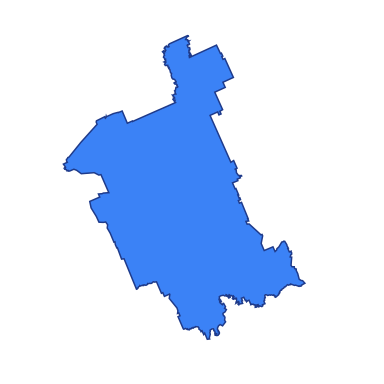 Forbes, New South Wales, Australia (orthographic projection), rotated 58°
{"feature_id": "25037944B5205782179519", "entity_name": "Forbes", "entity_type": "district", "adm_level": 2, "iso_a3": "AUS", "parent_name": "Australia", "parent_adm1": "New South Wales", "projection": "orthographic", "projection_center": [148.127, -33.379], "detail": "fine", "context": "isolated", "style": "filled", "palette": "blue", "viewbox_px": 384, "rotation_deg": 58, "n_neighbors": 0, "source": "geoboundaries", "source_scale": "gbopen_adm2", "svg_char_len": 6009}
<svg xmlns="http://www.w3.org/2000/svg" viewBox="0 0 384 384"><g transform="rotate(58 192 192)"><path d="M106.7,286.6L107.9,286.8L108.2,285.6L108.8,285.7L109.4,284.6L110.1,280.1L112.5,278.3L117.8,276.2L123.8,264.7L128.3,262.0L129.0,260.0L148.5,262.9L145.9,267.8L145.8,269.1L144.1,272.4L147.4,272.9L145.8,283.7L152.0,286.0L162.2,286.1L168.3,286.9L170.8,283.3L171.7,281.1L175.1,280.9L177.6,283.0L183.6,283.2L193.2,284.8L193.4,283.8L196.0,284.9L199.6,285.4L199.7,284.8L211.6,287.3L212.6,285.0L245.0,290.6L245.2,289.9L244.6,289.4L244.9,288.7L244.1,287.6L244.2,286.3L243.7,285.9L244.5,285.4L244.6,284.2L245.3,283.2L245.0,282.7L245.7,282.4L245.5,281.7L246.7,280.5L246.8,278.9L246.1,278.1L246.7,277.6L247.0,276.4L247.8,275.3L248.0,274.3L247.6,272.4L248.5,271.6L249.4,269.7L261.7,271.6L261.9,270.1L265.9,270.7L266.7,265.1L267.1,265.1L270.2,267.7L282.4,266.2L285.3,266.9L287.3,268.6L287.5,267.3L290.6,267.8L290.3,269.9L303.3,271.9L304.0,271.7L304.3,269.7L305.7,269.1L305.6,268.5L306.3,268.6L306.9,267.3L307.4,267.4L307.3,266.3L306.9,265.9L307.6,265.0L307.2,264.1L307.8,263.5L307.5,262.9L308.0,262.7L307.8,262.4L308.3,260.8L308.0,260.4L309.6,258.3L311.1,258.2L311.9,258.8L314.1,258.0L315.2,258.4L315.3,257.9L314.6,257.9L314.9,257.0L319.1,257.6L318.4,256.0L325.0,257.1L326.0,254.9L325.0,254.7L322.2,251.8L320.7,251.4L320.1,250.5L318.8,249.9L318.7,247.8L319.3,246.4L320.0,246.3L321.2,247.0L322.0,246.4L323.9,247.2L325.1,246.2L325.7,247.5L324.8,247.9L325.7,248.3L327.0,246.9L327.3,245.7L326.7,245.0L326.8,244.1L326.0,243.4L325.0,243.1L324.4,243.8L323.4,242.9L322.3,243.4L320.8,242.4L319.5,240.4L319.3,238.4L321.7,237.0L319.9,232.3L318.0,232.3L315.8,230.5L314.3,230.3L313.7,230.8L311.8,230.4L311.3,229.9L311.2,227.5L309.9,225.1L307.9,226.0L307.1,224.4L303.2,224.2L302.9,224.6L303.6,226.0L301.2,226.8L300.6,225.6L299.9,226.8L299.5,226.5L299.5,225.1L298.6,225.0L298.3,226.0L297.8,226.2L297.1,225.8L297.0,225.1L295.3,224.4L295.2,222.8L296.1,220.2L297.6,219.2L297.7,218.3L297.1,217.5L297.6,217.2L298.6,217.9L299.2,217.3L298.8,215.9L299.4,215.8L300.6,217.1L301.4,217.0L301.5,215.4L299.5,214.6L300.4,214.2L300.8,213.2L302.3,213.0L302.0,212.0L303.2,211.9L303.4,213.5L304.6,214.0L305.1,213.5L304.9,213.2L304.4,213.6L304.6,212.8L305.7,211.8L305.2,211.1L305.6,210.6L309.0,212.3L308.6,212.8L309.0,213.2L309.2,212.8L309.6,213.4L309.6,210.5L310.3,210.6L311.2,212.0L311.4,211.5L311.9,212.2L312.5,212.1L312.1,211.4L313.3,208.1L310.8,207.7L311.0,206.8L308.3,206.4L308.7,203.9L312.3,204.3L312.4,203.6L314.0,203.9L313.7,202.5L314.0,201.0L317.9,201.6L318.2,201.3L318.7,201.8L319.5,199.6L320.7,199.2L320.8,198.5L321.3,198.2L323.3,199.5L323.8,198.3L323.2,197.3L322.1,197.0L322.5,195.6L323.5,195.8L323.7,196.6L324.4,196.7L324.9,196.2L324.4,195.0L326.2,193.5L326.0,192.2L324.9,192.0L325.4,189.3L322.6,188.9L322.3,187.7L321.1,187.3L320.7,186.4L320.2,186.3L320.3,185.8L318.5,185.3L318.0,184.3L318.5,183.4L319.9,182.6L320.3,180.9L321.1,180.1L321.2,179.3L322.7,177.9L322.6,177.3L323.2,177.3L323.3,176.9L324.2,176.6L324.8,177.3L325.6,176.8L325.0,172.9L324.5,172.7L324.3,171.5L323.7,171.4L323.6,170.6L323.0,170.5L322.3,168.8L322.7,168.1L322.1,167.2L322.1,165.2L321.5,163.8L321.9,163.1L321.2,160.2L322.3,159.3L322.3,157.2L322.9,157.3L323.0,156.5L325.5,154.6L325.9,153.5L328.7,151.3L328.5,150.9L329.2,150.3L329.6,149.2L329.5,148.7L329.0,148.5L329.2,144.6L325.8,145.2L324.8,146.4L322.7,147.3L317.3,145.6L313.7,145.2L312.6,144.4L311.3,145.6L309.6,144.9L308.4,146.8L306.7,146.9L300.1,142.0L299.2,143.2L298.9,143.0L297.6,141.4L297.6,140.5L296.4,139.7L295.8,139.9L294.7,139.3L294.4,141.2L290.6,140.7L290.7,140.1L287.8,139.9L286.9,139.5L282.9,139.5L282.3,140.4L282.5,141.0L282.0,142.4L284.6,147.4L285.1,150.1L286.0,150.8L286.5,153.1L281.4,152.4L279.9,161.8L272.3,160.6L266.6,155.3L265.1,155.1L264.9,156.2L249.4,160.5L248.5,162.3L245.5,161.8L246.6,159.3L244.1,158.9L244.3,158.5L227.0,155.5L226.6,157.7L223.8,157.2L224.2,154.9L222.3,154.5L222.2,155.3L218.8,154.7L219.2,154.0L212.3,152.9L212.1,153.8L205.7,152.8L206.7,147.1L205.1,146.8L205.6,143.5L204.4,143.3L204.7,141.4L204.1,141.4L203.8,142.0L204.0,142.7L203.3,142.8L202.7,143.8L199.2,144.1L196.7,142.8L195.6,143.3L195.4,144.0L195.7,141.2L187.4,140.0L187.4,143.3L136.6,136.1L137.7,127.8L140.9,128.3L141.2,126.0L138.3,125.6L138.4,122.4L119.4,119.8L120.9,108.4L115.3,107.6L116.8,96.2L96.2,93.4L96.0,95.4L93.0,95.0L93.1,93.9L89.8,93.5L89.7,94.5L80.4,93.4L76.6,122.9L74.7,122.1L75.1,120.9L76.2,121.0L75.8,120.2L73.8,120.0L73.8,120.8L72.5,120.1L72.4,120.8L71.9,120.7L70.6,119.5L70.2,118.3L69.8,118.1L69.7,118.7L69.0,117.7L68.2,117.5L67.5,118.8L65.0,118.3L64.8,117.7L65.5,116.8L65.3,115.7L62.6,115.3L62.4,114.5L62.1,115.4L61.6,114.9L61.0,115.0L61.2,115.4L60.2,115.5L59.3,116.6L57.9,114.3L58.0,112.5L57.5,112.4L57.0,112.9L54.4,132.4L54.6,133.7L55.2,134.5L56.5,134.4L56.7,134.9L56.1,135.8L55.7,135.7L55.1,137.0L54.6,136.7L54.7,138.1L55.1,138.9L55.4,138.4L55.9,138.8L55.8,139.3L57.9,139.1L58.1,140.1L58.7,140.3L57.8,141.2L57.2,141.1L57.4,142.7L58.9,142.4L58.9,141.9L59.9,142.0L60.0,142.6L61.6,142.9L61.7,143.8L62.6,144.8L63.6,144.5L65.3,144.9L65.4,144.1L67.8,145.3L67.0,146.0L66.9,146.8L68.3,145.9L69.2,147.6L70.6,147.6L71.1,146.3L71.8,146.1L71.8,145.5L73.8,146.1L74.4,145.0L74.4,145.5L75.1,146.3L76.3,145.9L79.5,147.0L80.6,146.5L82.0,147.8L84.6,148.6L86.3,148.3L86.5,147.7L87.5,147.1L90.1,147.0L90.5,147.5L89.9,148.6L89.9,149.3L90.2,149.5L91.6,149.2L92.1,148.1L93.5,147.9L93.8,148.5L95.3,148.3L95.5,148.9L94.8,150.2L96.8,152.1L97.0,153.2L98.3,153.1L98.7,153.7L100.3,153.8L99.7,155.1L99.9,156.5L99.5,157.2L100.8,157.0L101.3,157.5L102.3,156.8L103.1,156.9L102.9,158.3L103.3,159.1L105.0,158.8L104.7,158.2L105.2,157.7L105.8,158.9L107.4,158.6L100.7,205.0L100.2,204.9L99.4,210.4L86.3,208.3L85.6,212.4L85.3,212.4L83.8,217.3L82.8,224.7L82.3,224.6L83.3,225.5L83.5,226.4L81.9,226.2L81.0,235.3L81.9,236.2L84.3,236.6L91.0,259.9L97.2,277.8L97.0,279.1L97.7,280.0L97.8,281.2L99.3,282.0L100.7,282.0L100.2,286.3L103.6,286.1L104.0,287.5L104.6,286.7L105.3,287.8L106.7,286.6Z" fill="#3b82f6" stroke="#1e3a8a" stroke-width="1.5"/></g></svg>